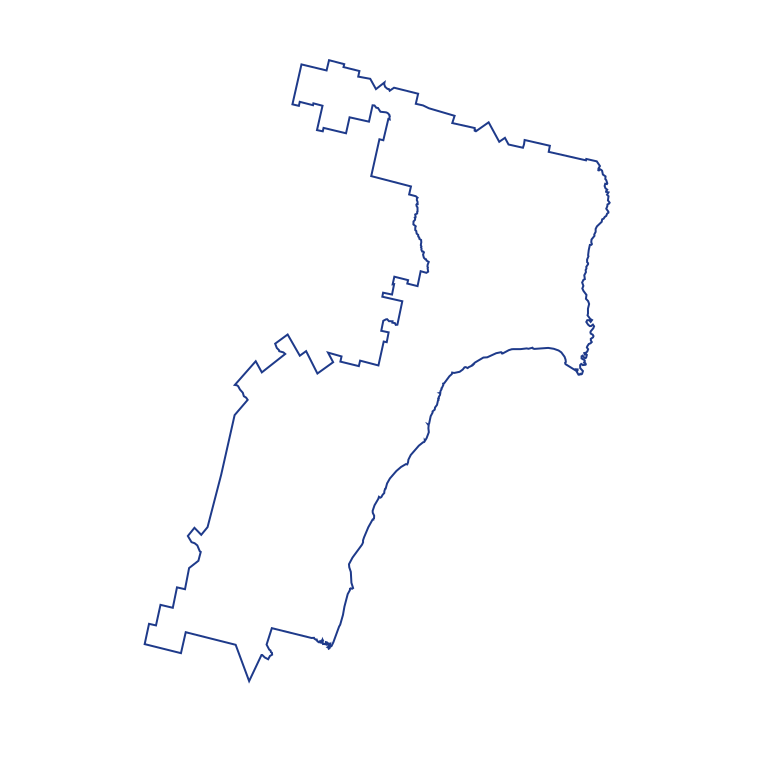 outline of Carpentaria, Queensland, Australia, rotated 188°
{"feature_id": "25037944B42158127814454", "entity_name": "Carpentaria", "entity_type": "district", "adm_level": 2, "iso_a3": "AUS", "parent_name": "Australia", "parent_adm1": "Queensland", "projection": "natural_earth1", "projection_center": [140.957, -17.323], "detail": "fine", "context": "isolated", "style": "outline", "palette": "blue", "viewbox_px": 768, "rotation_deg": 188, "n_neighbors": 0, "source": "geoboundaries", "source_scale": "gbopen_adm2", "svg_char_len": 6158}
<svg xmlns="http://www.w3.org/2000/svg" viewBox="0 0 768 768"><g transform="rotate(188 384 384)"><path d="M204.3,634.1L215.0,635.0L215.1,633.6L253.2,636.8L252.9,643.0L278.7,645.2L278.7,640.8L279.3,637.3L294.0,638.5L298.5,644.6L303.6,639.9L316.8,657.7L327.9,647.3L328.7,648.1L329.0,647.3L329.5,647.5L329.8,650.1L352.7,651.9L351.4,659.4L377.9,663.3L384.1,665.3L391.5,665.9L390.6,676.2L415.3,678.8L419.2,675.2L420.3,676.8L421.6,676.7L424.2,678.4L425.6,681.0L425.5,682.7L433.0,674.9L440.1,684.3L452.3,684.8L451.9,690.5L468.2,692.2L467.9,695.2L483.5,697.0L484.5,686.5L510.2,689.0L513.6,648.2L507.0,647.6L506.7,651.7L493.1,650.2L493.0,652.1L483.6,651.0L485.7,626.1L479.8,625.7L479.5,629.2L456.5,627.0L455.2,643.3L435.4,641.7L434.1,658.4L432.2,658.5L430.1,656.5L428.4,656.5L425.4,653.1L419.8,653.3L418.2,652.9L416.2,651.4L416.1,650.5L415.5,650.0L415.7,648.4L415.2,646.8L416.6,647.0L418.6,625.3L422.6,625.7L425.6,588.1L384.8,583.4L385.5,575.2L378.7,574.4L376.7,573.1L377.2,572.4L377.1,570.7L376.2,569.2L375.7,566.8L376.6,566.7L376.9,566.0L376.3,564.4L375.4,563.6L374.8,559.5L375.1,559.2L374.9,557.5L376.7,556.2L375.9,553.8L376.7,553.1L376.1,552.0L376.2,550.8L377.4,549.1L377.1,546.1L374.5,544.6L374.8,543.2L374.5,540.8L373.4,540.1L372.6,537.5L370.9,536.4L370.6,534.8L369.5,534.0L369.2,532.7L367.3,531.8L366.8,529.6L366.9,526.6L366.1,525.5L366.4,524.6L365.7,523.6L365.7,522.2L364.6,520.5L363.5,520.6L362.8,520.0L363.3,517.5L362.1,514.6L360.3,513.2L359.7,513.3L359.0,512.1L356.7,511.1L357.4,508.1L357.3,506.3L356.7,505.4L356.9,504.7L355.9,501.4L357.5,500.0L363.4,500.8L364.4,485.6L374.9,486.7L374.6,490.2L388.7,491.7L389.3,483.9L387.9,484.3L388.5,473.7L397.6,474.3L397.8,470.2L377.4,468.5L379.0,444.6L380.6,444.2L381.7,445.8L384.3,445.9L384.3,447.3L387.8,446.9L389.9,448.6L391.0,448.3L393.5,446.5L394.1,436.3L386.6,435.8L387.1,425.8L390.2,426.0L392.1,401.6L410.9,403.8L411.4,398.2L430.3,400.1L429.9,405.4L443.8,407.3L437.4,398.5L451.4,385.1L465.7,405.7L471.3,400.3L486.3,419.6L497.4,408.8L495.2,404.8L492.7,402.9L492.3,401.9L488.0,401.3L486.0,400.0L506.6,378.5L514.2,388.7L531.6,362.3L529.3,362.2L528.1,361.5L525.9,358.5L522.6,355.7L521.1,352.4L518.6,351.3L516.8,349.3L527.6,332.4L532.6,271.6L538.8,217.7L544.0,209.2L551.7,215.2L557.1,206.2L552.6,200.6L549.4,200.0L546.4,198.2L543.2,192.8L542.1,192.2L543.2,183.1L551.4,174.6L552.5,153.1L560.7,153.8L562.0,133.0L574.6,134.2L576.2,113.2L583.3,113.8L584.8,93.1L547.6,89.2L545.8,110.6L494.6,105.1L476.2,71.0L467.6,98.6L466.9,98.7L464.0,96.6L460.4,95.3L459.1,98.8L457.1,100.4L457.6,102.3L458.7,102.8L459.3,104.3L460.7,105.0L464.0,109.6L461.1,126.6L420.4,122.4L418.0,122.9L417.5,122.1L415.8,121.3L415.1,121.6L414.2,120.0L412.5,119.2L412.0,120.2L411.3,120.2L411.6,119.7L411.0,119.4L410.9,120.6L409.9,121.5L409.1,120.8L409.1,122.0L408.6,121.3L409.6,119.1L408.6,119.1L408.2,118.0L406.5,118.4L406.3,117.4L406.0,118.4L404.8,118.0L404.8,119.5L405.5,119.6L405.6,120.3L404.5,120.2L403.7,119.3L402.6,119.4L402.4,118.8L403.0,118.3L402.4,117.3L401.2,118.8L401.2,117.3L403.2,115.5L402.4,115.2L401.9,114.2L401.2,114.7L401.0,116.0L399.5,117.2L398.2,121.2L394.7,137.6L393.9,139.5L392.5,149.6L392.2,158.0L390.7,170.9L389.1,175.1L389.2,176.5L388.6,177.0L387.1,176.8L386.2,177.6L388.6,182.6L390.7,193.3L392.9,197.7L393.6,200.7L391.0,207.8L383.4,221.9L382.7,224.3L383.0,226.2L382.4,229.4L379.6,240.0L376.5,248.0L375.7,248.2L375.8,248.9L375.2,249.6L375.4,252.2L377.2,254.9L377.6,256.8L376.5,262.6L373.7,269.4L373.3,271.6L371.9,270.9L370.9,271.6L369.9,274.2L368.6,276.0L368.7,278.0L368.3,280.4L367.8,280.6L367.1,286.0L365.0,291.3L359.7,299.5L355.6,304.2L351.2,307.7L349.8,307.6L349.3,309.7L349.3,312.5L347.6,317.5L340.9,327.8L337.2,331.7L336.2,332.1L335.7,333.2L335.8,333.8L335.5,333.5L334.3,336.2L332.9,342.5L333.9,346.5L334.0,349.2L334.8,350.1L334.2,349.9L333.8,351.0L333.3,358.6L331.9,362.5L332.1,363.6L330.2,365.7L330.2,367.8L328.6,370.7L328.2,375.7L327.8,375.9L328.3,377.2L327.7,377.5L327.9,378.9L327.0,381.0L327.0,382.7L327.7,382.9L327.0,383.2L327.1,384.8L326.3,386.7L326.4,387.4L327.2,387.7L326.2,387.8L325.1,391.4L325.5,392.6L324.5,393.1L320.3,400.8L318.2,403.3L318.1,404.8L316.1,404.7L310.8,406.6L308.0,409.3L306.6,411.7L305.4,412.1L303.4,411.4L302.4,412.5L299.0,414.7L298.4,415.5L298.9,415.5L296.8,418.0L289.3,424.0L285.5,424.8L277.2,430.1L272.5,431.8L271.6,431.4L271.5,430.7L270.8,430.7L265.1,434.9L262.1,436.3L253.4,437.6L247.7,439.1L245.8,439.0L242.0,440.6L241.2,439.8L239.9,439.7L226.4,442.6L220.8,442.5L215.8,441.5L212.8,440.0L209.0,436.1L207.6,433.4L207.0,431.1L207.6,430.1L207.0,428.9L195.9,424.0L195.2,424.6L195.7,425.3L194.3,425.4L194.2,424.4L194.9,423.1L192.7,420.3L192.1,420.3L191.1,421.4L190.3,420.9L189.3,421.6L188.8,424.5L191.9,427.0L192.4,430.0L191.5,431.3L189.7,430.4L187.1,431.1L186.9,431.7L187.6,432.7L188.9,433.0L188.3,434.7L188.7,435.5L191.9,436.8L192.2,438.9L191.3,439.7L189.1,437.8L187.9,437.8L187.5,438.4L187.2,441.1L187.9,441.5L189.3,441.1L190.0,442.5L188.0,443.4L187.2,444.6L186.7,446.9L188.2,448.4L188.0,449.5L186.8,452.1L185.1,453.1L184.1,454.5L185.2,455.8L185.5,457.5L183.5,459.3L183.2,460.6L184.2,461.9L186.3,462.7L186.8,464.0L186.6,465.0L184.5,468.3L184.0,470.4L185.4,471.9L187.0,470.2L188.3,470.0L190.2,471.2L192.3,473.6L191.6,475.5L189.6,475.7L188.0,474.3L186.9,476.3L188.8,477.1L192.0,480.3L191.8,482.2L192.5,486.9L192.0,491.8L193.4,494.5L195.9,496.5L195.9,500.4L199.4,503.9L200.9,506.2L200.2,508.9L201.9,512.1L201.0,514.9L199.7,515.8L200.8,519.6L199.6,522.9L200.2,524.9L199.6,526.5L200.0,528.2L198.6,531.0L198.7,532.0L199.8,532.9L200.2,535.5L199.3,539.0L199.8,539.9L199.9,545.2L199.5,550.4L198.0,550.7L197.6,551.5L198.5,553.3L198.6,556.0L196.2,560.0L196.6,561.3L195.6,564.1L196.0,567.0L195.1,569.7L191.0,574.9L190.9,577.4L189.5,578.3L188.7,580.1L187.3,581.4L186.8,583.7L185.6,584.9L185.8,585.9L188.3,588.5L187.6,591.1L187.7,592.9L186.1,594.1L185.8,595.0L187.8,597.0L187.8,601.2L189.5,602.5L188.4,605.0L190.8,605.2L190.9,605.8L190.0,607.5L191.9,608.6L193.1,610.8L192.8,613.1L191.1,613.0L190.8,613.8L192.3,616.8L193.4,617.8L193.5,620.4L196.4,621.9L197.7,625.5L198.6,626.2L199.9,626.7L200.9,625.4L201.5,625.5L201.6,627.3L200.5,629.9L204.3,634.1Z" fill="none" stroke="#1e3a8a" stroke-width="2"/></g></svg>